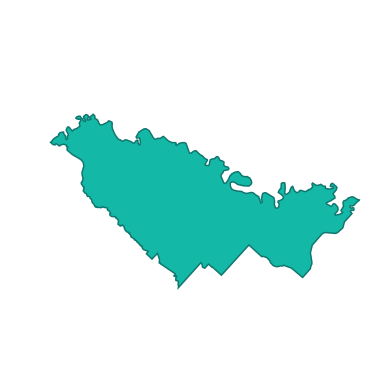 outline of Manningham, Victoria, Australia, rotated 34°
{"feature_id": "25037944B66764167138958", "entity_name": "Manningham", "entity_type": "district", "adm_level": 2, "iso_a3": "AUS", "parent_name": "Australia", "parent_adm1": "Victoria", "projection": "natural_earth1", "projection_center": [145.177, -37.757], "detail": "fine", "context": "isolated", "style": "filled", "palette": "teal", "viewbox_px": 384, "rotation_deg": 34, "n_neighbors": 0, "source": "geoboundaries", "source_scale": "gbopen_adm2", "svg_char_len": 6047}
<svg xmlns="http://www.w3.org/2000/svg" viewBox="0 0 384 384"><g transform="rotate(34 192 192)"><path d="M46.9,229.9L50.0,230.4L52.1,229.6L52.0,228.5L52.6,227.9L56.3,228.0L57.1,226.1L58.8,224.2L61.2,223.4L61.9,223.6L62.4,224.3L62.9,224.1L63.4,224.6L63.9,224.3L64.2,224.8L64.1,225.8L65.2,227.1L72.1,227.9L80.0,227.3L83.0,227.5L85.7,228.7L87.8,230.9L89.9,237.4L91.4,239.3L93.9,241.4L95.3,244.8L95.3,245.2L95.0,245.4L95.0,246.3L96.0,247.3L97.3,247.6L97.9,248.2L99.7,248.2L99.9,249.2L100.9,249.9L100.9,251.2L101.4,252.0L103.8,252.7L105.4,252.5L107.7,254.1L108.9,253.3L110.2,253.3L111.2,254.2L113.3,254.6L115.1,256.5L117.5,257.0L119.8,258.3L120.2,257.9L120.8,258.3L121.3,258.1L121.3,257.7L122.3,257.7L123.8,256.5L125.0,256.2L125.6,255.3L126.1,255.1L126.4,254.0L128.1,253.8L129.5,253.0L131.0,252.8L132.0,254.2L134.0,254.1L136.4,255.1L136.4,256.0L136.1,256.3L137.4,257.3L139.4,257.1L142.4,255.3L143.9,256.3L144.4,256.0L146.4,256.4L147.2,257.1L148.7,260.1L151.1,260.3L151.4,259.8L151.8,260.0L151.9,259.6L152.6,259.1L152.8,258.8L152.7,258.3L153.4,258.5L153.8,258.3L155.3,258.7L155.8,259.7L158.7,261.3L159.3,261.1L160.6,261.5L162.0,260.9L162.4,261.5L163.5,261.0L163.9,261.9L165.9,262.3L166.1,262.8L166.7,262.9L166.7,263.3L169.6,263.1L170.8,263.7L171.0,263.3L171.5,263.4L171.9,263.8L173.2,263.5L174.2,264.2L175.1,263.9L176.0,264.5L176.6,264.2L178.1,265.0L178.4,264.7L179.1,265.2L180.6,264.9L180.7,265.5L181.6,265.3L182.0,266.1L183.3,266.7L184.3,266.8L188.9,265.7L188.7,268.7L196.3,270.0L197.7,262.2L202.7,266.0L204.5,269.1L205.4,268.6L205.7,269.1L223.8,269.2L224.3,270.0L223.8,271.2L223.9,271.7L224.8,271.7L226.1,270.4L226.8,272.5L227.9,274.2L228.5,274.3L229.8,273.5L230.7,273.8L231.4,275.1L232.0,275.6L232.3,276.8L233.4,277.4L234.2,279.0L238.9,245.7L240.2,245.9L242.8,248.4L245.2,248.0L246.0,242.6L250.6,243.2L250.7,242.8L262.9,244.5L268.8,204.1L285.8,206.6L287.3,205.5L290.7,204.5L294.7,205.4L296.6,206.7L300.6,207.6L303.3,206.9L304.7,206.1L306.7,203.8L308.6,202.6L308.9,201.5L317.0,199.5L331.5,201.0L333.0,189.4L331.9,186.8L331.7,184.9L330.7,183.2L324.1,176.1L321.4,168.8L323.3,153.9L323.8,152.8L325.1,151.1L334.1,146.1L335.3,144.4L337.1,137.4L335.1,131.6L336.7,120.4L334.4,119.7L333.9,119.1L334.4,118.2L336.0,117.0L336.3,116.1L334.9,114.8L334.0,115.2L333.2,116.2L332.4,116.4L331.5,116.2L330.9,115.2L331.3,114.6L332.6,114.1L333.7,112.4L334.4,107.9L335.3,105.6L335.2,105.0L332.9,105.8L328.8,105.9L327.3,106.5L325.2,109.3L324.8,110.0L324.6,111.9L322.8,114.6L323.1,116.4L324.7,118.1L325.7,119.5L325.8,123.8L326.5,124.3L328.2,124.7L327.9,126.2L326.7,128.1L323.9,131.0L323.2,130.8L322.8,130.1L323.3,126.6L323.1,125.4L322.0,123.7L320.9,122.9L317.8,122.0L316.1,122.3L315.7,122.8L315.7,125.5L315.4,126.2L310.5,126.6L309.5,126.2L309.6,125.4L311.6,122.4L313.9,117.0L312.7,115.7L310.5,115.1L310.0,114.3L310.4,109.3L309.5,107.0L303.9,106.2L303.3,106.5L302.9,107.4L303.0,108.8L303.5,109.9L304.4,109.9L305.9,108.9L307.0,109.8L306.2,111.1L304.2,112.8L300.8,114.3L300.3,114.1L299.8,113.2L299.2,112.7L297.6,113.7L294.5,113.6L293.0,115.8L291.8,116.7L290.3,117.2L287.1,117.0L286.9,118.2L289.2,120.4L288.6,123.7L287.4,124.6L286.5,127.2L285.8,128.2L284.0,129.1L281.9,129.5L280.6,130.3L280.4,132.4L279.2,134.0L276.6,133.8L273.7,132.1L272.7,131.1L272.2,131.1L271.8,132.1L271.8,133.9L272.9,137.9L271.8,140.8L271.3,141.4L270.2,141.5L269.3,140.8L267.8,137.8L264.9,133.7L263.6,132.6L262.4,133.3L261.5,134.3L261.3,135.0L263.5,138.8L263.3,142.0L263.8,144.1L268.3,144.2L270.3,144.9L271.0,145.7L271.0,147.1L270.4,148.8L268.5,151.3L268.9,152.3L271.0,153.2L272.1,155.4L272.1,157.1L270.8,158.4L270.0,158.4L267.0,156.1L266.2,154.2L263.3,151.1L262.2,150.9L253.9,151.3L252.4,152.2L251.5,153.7L252.2,156.0L253.7,159.2L255.8,160.8L255.7,161.7L255.2,162.6L249.7,158.5L247.6,158.8L242.8,158.5L240.9,159.6L239.5,161.3L237.7,162.9L234.9,163.8L233.0,163.7L229.2,165.8L225.8,167.1L223.8,167.4L221.7,166.6L218.9,163.9L218.7,162.7L220.1,160.7L222.1,160.1L225.7,160.2L231.5,157.9L235.9,155.2L236.6,153.0L236.6,151.8L236.0,150.6L234.6,149.3L232.2,148.2L229.3,148.3L226.6,150.1L224.8,150.5L223.7,150.5L221.4,149.5L219.0,149.3L216.7,151.3L214.9,154.6L214.5,157.6L215.2,161.3L215.2,165.2L214.5,166.4L213.6,166.8L207.8,163.2L206.5,161.5L206.8,158.8L206.4,156.5L209.6,153.3L209.7,152.4L209.2,151.7L207.6,151.3L205.5,152.2L204.4,152.3L203.1,151.8L202.1,149.7L201.4,149.2L199.7,149.3L197.4,150.1L195.1,148.7L193.6,148.3L192.6,149.0L191.9,152.0L190.2,153.4L189.2,154.9L189.8,157.0L190.9,159.4L191.1,160.5L190.1,161.4L188.1,162.2L187.3,161.9L187.1,157.3L186.4,156.6L184.4,157.1L180.0,156.2L178.2,156.6L172.1,155.5L170.7,157.0L169.5,160.3L168.8,161.0L167.3,160.6L159.8,155.0L157.7,155.5L155.2,157.7L154.3,158.8L153.4,161.5L152.9,162.1L152.1,161.9L151.8,160.8L150.9,160.2L147.8,162.2L143.9,162.9L137.2,161.9L136.8,162.5L135.7,165.4L133.7,166.5L132.3,168.7L131.4,169.1L129.4,168.6L122.2,165.1L118.3,165.3L116.7,166.9L114.5,172.0L114.9,177.6L115.9,178.2L117.7,176.7L118.6,176.7L121.3,179.6L122.3,181.4L122.3,182.3L121.9,182.5L119.9,181.6L118.3,179.5L117.9,179.3L117.0,180.6L116.9,183.2L116.4,184.1L115.7,184.4L113.1,184.3L108.2,185.6L107.4,186.2L106.2,188.5L105.4,189.0L103.6,188.8L102.3,189.3L100.9,189.2L97.5,188.1L94.3,186.5L90.6,184.0L88.9,182.1L87.4,179.6L86.4,178.9L83.2,179.5L82.9,181.5L80.1,186.3L79.3,187.1L78.2,187.5L76.7,187.2L73.5,185.1L70.2,185.2L69.1,183.4L66.7,182.8L65.4,187.0L65.9,187.9L67.1,187.9L67.5,188.3L67.1,188.5L65.7,190.5L65.2,190.7L64.6,190.2L64.3,187.9L63.8,187.1L62.9,186.8L61.7,186.7L60.9,187.1L59.9,189.6L60.0,190.4L61.1,191.2L63.5,192.0L64.1,193.1L62.0,193.7L60.5,192.6L58.4,192.5L56.9,191.7L55.4,192.7L54.5,194.2L54.4,195.7L55.0,195.9L57.0,195.3L58.8,194.1L59.3,194.2L60.0,196.0L59.8,196.9L60.1,198.0L62.3,200.1L61.0,203.7L59.0,206.4L58.8,208.3L58.3,208.4L54.1,207.0L52.9,207.3L52.5,207.9L52.8,210.1L53.2,211.2L57.5,213.6L57.6,215.8L59.1,217.4L59.1,217.9L58.6,218.6L57.7,218.6L55.7,216.2L53.3,215.6L52.2,214.2L51.8,214.2L50.0,215.9L49.3,217.0L49.2,218.8L49.8,219.6L49.8,220.3L48.0,224.0L47.3,226.9L47.5,228.5L46.9,229.9Z" fill="#14b8a6" stroke="#0f766e" stroke-width="1.5"/></g></svg>